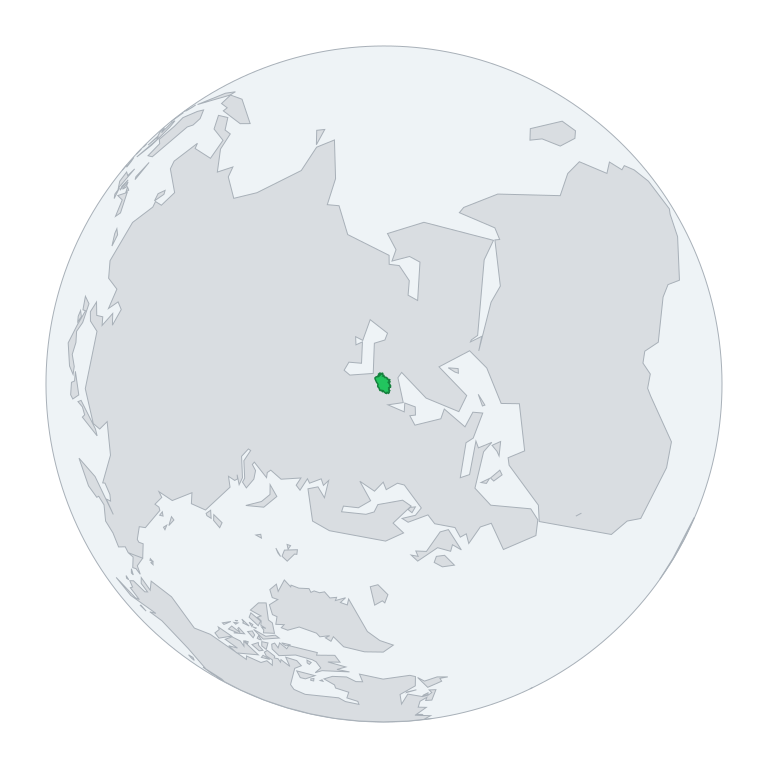 the Earth from above Stavropol', rotated 218°
{"feature_id": "RUS-2306", "entity_name": "Stavropol'", "entity_type": "Territory", "adm_level": 1, "iso_a3": "RUS", "parent_name": "Russia", "parent_adm1": "", "projection": "orthographic", "projection_center": [43.1, 44.947], "detail": "fine", "context": "on_globe", "style": "filled", "palette": "green", "viewbox_px": 768, "rotation_deg": 218, "n_neighbors": 0, "source": "natural_earth", "source_scale": "10m", "svg_char_len": 13959}
<svg xmlns="http://www.w3.org/2000/svg" viewBox="0 0 768 768"><g transform="rotate(218 384 384)"><circle cx="384" cy="384" r="338" fill="#eef3f6" stroke="#a8b0b8"/><path d="M332.3,50.1L336.3,50.2L327.1,51.3L330.1,51.6L341.9,50.5L348.9,49.8L375.2,55.0L413.2,60.7L428.3,60.3L422.5,62.8L453.4,61.5L476.0,66.7L448.4,62.5L444.1,63.5L458.4,67.3L457.1,69.2L463.2,72.5L460.3,74.7L444.5,73.0L442.3,74.6L452.6,77.4L456.1,82.0L441.3,77.6L446.1,85.3L420.4,85.5L383.2,74.9L366.8,79.8L322.9,82.2L324.9,85.0L309.5,88.8L305.9,93.8L298.8,93.6L302.2,97.9L309.4,97.2L313.2,99.1L311.9,102.2L302.5,102.2L301.8,100.6L298.4,102.3L294.3,101.1L295.5,103.4L284.3,103.5L293.2,108.2L282.5,112.3L275.7,111.1L279.3,105.0L272.6,89.6L266.9,87.9L255.1,90.9L226.5,108.8L218.9,110.0L206.5,116.1L209.2,117.8L220.0,113.8L222.0,119.4L235.0,114.6L237.7,116.4L249.7,114.7L244.6,121.9L233.1,130.1L222.9,132.2L217.5,136.2L224.7,140.3L203.0,150.9L184.3,170.3L179.1,172.8L173.5,165.4L180.2,149.2L173.1,142.6L174.3,154.3L161.2,161.4L157.6,166.0L156.4,170.3L160.1,170.7L154.9,175.1L151.7,164.4L156.3,160.3L157.3,163.5L160.3,156.2L158.1,150.4L151.6,155.2L155.1,143.6L150.5,147.2L148.7,147.1L155.8,142.0L143.1,151.3L146.2,144.1L140.0,150.2L157.6,133.1L176.4,117.4L196.3,103.0L217.1,90.1L238.9,78.8L261.4,69.1L284.5,61.0L308.2,54.7L332.3,50.1ZM46.5,400.1L49.0,424.7L54.6,454.8L57.3,469.5L57.3,470.2L52.0,447.1L48.4,423.7L46.5,400.1ZM352.3,49.4L342.3,50.4L332.2,51.0L340.6,49.8L352.3,49.4ZM371.3,50.3L366.2,50.9L363.3,49.4L367.1,49.5L371.3,50.3ZM439.5,60.1L431.6,58.6L439.7,59.5L439.5,60.1ZM464.6,72.6L467.3,72.5L469.3,74.3L464.6,72.6ZM251.7,111.0L250.7,112.8L249.0,112.2L251.7,111.0ZM257.9,108.8L256.6,106.7L259.3,105.4L260.1,106.6L257.9,108.8ZM466.8,79.6L469.3,82.9L464.0,79.2L466.8,79.6ZM258.8,111.7L264.4,103.3L269.2,101.1L276.1,104.2L258.8,111.7ZM468.9,84.6L475.2,93.2L481.7,93.6L466.9,98.2L466.5,88.9L458.9,84.0L465.8,85.8L468.9,84.6ZM312.3,95.8L304.5,96.6L312.3,93.1L312.3,95.8ZM316.3,93.2L334.5,81.4L345.2,82.2L336.9,85.7L351.9,85.1L348.1,91.2L339.1,93.0L332.9,91.1L336.2,95.0L316.3,93.2ZM457.7,99.7L456.9,101.9L454.7,99.4L457.7,99.7ZM315.4,99.6L318.1,96.9L327.6,97.4L323.9,102.9L322.0,100.9L315.4,99.6ZM357.6,82.1L364.0,83.8L362.7,89.1L365.0,90.5L348.9,91.5L357.6,82.1ZM319.1,102.4L321.7,105.7L316.0,108.5L313.4,102.3L319.1,102.4ZM331.6,95.3L336.0,95.8L332.3,97.3L331.6,95.3ZM297.0,120.9L300.1,117.2L305.3,117.0L297.0,120.9ZM323.1,106.8L325.0,105.9L327.4,105.6L327.9,108.4L323.1,106.8ZM349.2,95.4L347.3,97.5L355.7,95.2L355.0,99.5L344.4,99.5L348.7,101.3L348.6,102.7L340.1,101.3L349.2,95.4ZM335.6,110.3L321.9,112.4L315.1,119.1L310.2,119.3L322.1,108.6L335.6,110.3ZM339.0,105.0L335.8,108.3L331.4,106.6L330.9,103.5L339.0,105.0ZM358.4,102.6L362.1,96.0L364.3,96.3L358.4,102.6ZM334.5,112.5L337.8,111.9L334.5,113.1L334.5,112.5ZM352.0,105.8L353.0,103.4L355.5,103.7L352.0,105.8ZM343.6,113.2L339.2,113.7L338.7,111.5L343.6,113.2ZM348.2,110.0L351.3,111.2L341.2,110.3L348.2,108.8L348.2,110.0ZM354.2,106.6L356.0,106.0L353.4,107.6L354.2,106.6ZM348.0,121.7L335.3,121.2L334.3,116.1L346.7,117.2L348.0,121.7ZM109.8,492.0L98.9,436.1L108.0,425.7L112.2,405.4L177.0,371.2L187.8,383.6L235.4,397.0L240.8,402.3L232.0,417.9L265.2,451.8L279.7,440.8L312.9,459.9L337.0,462.9L351.2,431.4L311.7,425.8L308.0,408.3L342.2,398.8L377.2,404.0L376.9,397.5L357.4,381.2L368.1,370.0L350.9,374.5L355.9,381.8L345.3,385.2L340.1,378.9L344.1,374.9L334.3,370.6L317.8,391.6L321.1,401.4L293.8,400.1L296.6,416.5L288.3,421.9L280.4,396.3L283.2,388.2L266.2,357.1L260.8,365.3L276.4,395.6L270.3,391.8L263.1,404.4L263.8,391.9L248.2,357.9L225.3,354.2L191.5,376.0L179.2,371.7L171.0,358.1L188.0,327.1L213.7,340.3L220.1,330.6L219.0,310.5L226.9,316.6L229.6,310.3L239.7,314.6L258.0,305.1L268.8,307.9L279.9,289.9L287.0,289.2L278.4,299.9L278.3,309.3L305.8,316.9L312.3,314.1L317.2,302.1L324.2,306.2L325.5,293.7L343.2,292.5L322.7,283.8L328.0,270.7L340.8,262.8L338.8,257.2L318.0,270.2L313.0,277.1L314.6,285.2L297.8,303.9L287.5,304.5L291.2,280.0L276.9,278.7L286.0,261.2L336.7,234.8L355.9,232.0L379.4,254.6L372.7,262.3L360.9,257.7L368.2,273.9L369.3,266.8L375.1,270.6L381.6,260.0L386.0,262.2L384.8,248.6L390.9,250.2L391.6,258.8L406.5,245.6L420.2,246.4L421.5,242.4L418.9,237.9L438.1,242.6L438.2,239.5L431.9,236.7L428.0,228.9L428.5,217.4L435.1,219.6L435.8,224.0L447.2,237.3L448.1,249.5L450.9,249.3L451.7,239.3L437.8,223.0L436.2,215.5L443.9,222.1L441.0,219.1L442.3,216.1L449.7,215.5L441.8,207.9L447.1,174.8L462.1,171.1L468.4,180.1L479.1,161.8L495.1,160.6L489.3,157.8L490.5,148.3L485.5,148.4L482.8,146.4L483.6,123.9L489.0,120.9L482.7,109.6L479.7,108.4L475.4,109.8L466.9,98.2L481.7,93.6L487.7,96.4L492.8,92.2L505.9,99.8L519.0,104.6L530.2,116.4L539.7,119.9L540.6,117.9L554.1,121.8L578.7,137.8L554.7,133.2L517.0,114.5L532.0,122.4L527.4,123.4L532.0,128.2L542.8,134.1L544.8,132.9L555.7,159.5L579.0,183.9L580.3,173.5L588.8,173.9L616.5,196.4L642.6,248.8L654.1,252.9L659.9,260.2L661.0,271.6L652.6,261.2L647.0,263.8L642.2,256.6L641.2,272.6L634.2,263.1L636.9,280.9L644.1,285.0L647.6,273.9L652.9,294.3L666.1,297.8L675.8,312.5L681.6,356.5L675.1,381.1L676.4,387.1L669.5,387.8L666.8,405.9L684.8,422.0L686.6,430.4L679.2,458.8L677.8,453.3L659.7,455.0L660.9,476.9L674.9,480.3L679.8,493.8L671.1,497.8L665.6,486.3L659.1,486.4L657.5,468.5L645.8,448.4L636.7,462.0L634.2,451.3L616.7,437.8L601.9,456.5L580.6,501.3L582.9,529.1L573.3,545.8L548.6,516.0L539.1,490.4L529.2,496.8L504.6,479.4L459.2,488.5L453.6,481.5L444.9,486.7L427.7,481.0L419.7,468.8L408.9,470.5L430.7,502.2L442.4,500.2L453.4,485.8L457.2,497.2L473.9,504.7L452.1,536.0L386.2,564.6L381.5,543.5L340.1,479.9L342.3,472.7L342.2,471.9L341.8,470.4L336.3,481.8L329.7,468.4L350.0,514.4L352.6,532.8L385.3,565.8L381.8,569.1L392.8,575.3L430.1,565.4L429.9,572.2L411.3,603.7L361.1,640.9L368.8,663.0L366.9,679.4L338.0,687.2L343.0,697.7L328.4,699.3L329.1,704.0L318.7,706.7L300.5,706.6L267.0,697.7L263.0,693.9L243.3,680.8L215.1,647.7L221.4,637.2L217.6,624.3L193.6,585.8L198.7,570.4L192.8,559.9L180.3,555.8L173.6,542.9L166.3,538.6L121.9,515.4L109.8,492.0ZM151.5,398.0L148.9,403.8L151.5,398.0ZM412.5,426.2L434.5,426.2L427.6,405.3L435.5,403.8L430.2,397.6L426.9,403.9L414.5,386.5L425.1,379.6L423.9,370.3L416.4,370.0L399.0,385.7L416.7,410.2L410.4,419.2L412.5,426.2ZM81.4,233.6L80.0,236.5L80.6,235.2L81.4,233.6ZM161.4,162.0L161.5,163.0L159.2,167.8L158.2,166.4L161.4,162.0ZM161.8,185.9L153.4,192.5L158.7,186.5L155.6,185.3L162.8,171.9L176.8,173.4L169.2,174.8L161.8,185.9ZM176.4,155.3L170.2,163.0L176.4,154.6L176.4,155.3ZM234.6,274.3L236.6,280.4L230.8,286.3L217.0,284.6L225.4,275.9L234.6,274.3ZM241.0,288.0L248.4,265.2L257.3,265.9L251.0,269.2L256.1,272.0L247.5,278.2L248.7,302.0L243.6,308.9L220.9,300.9L231.1,299.5L228.5,293.2L241.0,288.0ZM251.8,212.1L255.2,204.0L270.0,215.8L265.2,222.1L251.2,220.4L248.6,212.0L251.8,212.1ZM269.9,119.7L270.2,117.1L272.8,116.9L274.7,119.0L269.9,119.7ZM298.0,119.2L271.2,131.3L270.2,128.8L255.7,139.9L247.4,137.7L257.1,130.4L239.9,137.5L245.3,130.1L233.9,135.9L256.3,120.0L260.5,114.2L259.0,121.3L266.5,123.3L271.0,122.5L286.8,116.0L299.5,105.3L309.0,106.3L312.3,109.8L310.7,112.5L305.0,110.9L306.9,115.7L297.6,115.5L298.0,119.2ZM345.6,160.0L339.7,155.4L341.9,168.2L332.6,166.7L333.4,168.3L325.4,170.7L317.1,176.6L313.3,174.8L311.7,177.9L306.3,179.8L302.9,183.6L294.9,182.1L290.0,186.7L289.0,183.4L282.7,191.9L283.8,185.0L276.9,187.3L279.5,192.8L244.7,178.7L229.3,179.3L215.9,184.0L219.5,172.3L234.4,161.0L254.0,152.1L268.3,153.7L267.4,148.6L273.9,147.9L271.9,152.2L278.9,145.3L283.8,146.1L301.2,140.3L308.3,130.7L314.9,128.7L314.5,132.9L321.3,128.0L325.1,134.8L329.9,133.6L338.4,139.5L335.0,148.8L340.6,146.9L347.4,151.7L345.6,160.0ZM350.1,123.6L348.2,134.2L342.1,138.9L329.8,126.9L324.9,127.0L316.8,120.1L325.8,113.7L327.3,116.1L330.8,117.1L326.6,118.7L332.6,118.1L334.9,121.7L340.2,122.3L338.1,125.5L350.1,123.6ZM249.0,398.1L253.5,400.5L261.1,402.2L256.7,410.5L249.0,398.1ZM237.8,375.1L242.2,375.5L239.7,387.4L235.0,385.1L237.8,375.1ZM246.9,366.1L242.7,374.6L242.1,368.7L246.9,366.1ZM282.7,299.8L287.7,299.9L287.4,302.9L283.6,306.5L282.7,299.8ZM350.2,200.1L347.8,196.1L349.8,194.9L351.2,184.8L358.3,185.5L360.2,191.8L350.2,200.1ZM343.3,436.3L335.1,441.8L332.0,438.3L335.4,437.1L343.3,436.3ZM292.9,427.3L303.4,433.9L291.5,429.5L292.9,427.3ZM358.1,199.1L357.9,194.8L361.6,197.9L358.1,199.1ZM363.5,185.5L368.2,188.1L359.3,184.4L363.5,185.5ZM425.9,675.3L405.4,700.8L389.0,701.4L384.8,695.1L391.6,680.0L410.3,674.5L419.1,666.0L425.9,675.3ZM707.1,481.2L709.1,475.6L708.8,476.9L707.1,481.2ZM705.3,484.3L708.1,477.2L704.2,488.0L705.3,484.3ZM709.1,474.4L712.0,464.6L713.3,459.5L712.6,462.3L709.1,474.4ZM703.0,489.4L687.9,515.6L681.0,522.8L683.4,516.6L694.6,501.1L703.0,489.4ZM682.8,517.2L671.2,521.0L649.8,506.8L657.6,500.6L678.8,500.3L677.6,505.1L684.7,505.0L682.8,517.2ZM707.8,458.1L706.4,470.2L698.8,484.0L694.9,488.9L692.3,479.9L693.9,470.5L697.3,465.4L706.5,420.4L710.5,418.6L708.7,435.3L711.7,438.4L707.8,458.1ZM584.6,530.9L593.2,542.5L587.4,548.1L584.6,530.9ZM707.1,394.6L705.5,414.0L706.0,391.8L707.1,394.6ZM705.6,376.4L707.3,381.3L704.5,379.6L705.6,376.4ZM679.2,394.9L675.7,401.8L674.2,398.0L677.6,387.0L679.2,394.9ZM683.3,325.2L688.8,336.8L690.1,341.9L685.8,337.6L683.3,325.2ZM418.1,203.2L408.2,216.0L405.8,226.7L411.8,234.6L399.2,229.4L402.9,212.9L418.1,203.2ZM442.9,177.8L437.5,171.7L442.5,171.2L444.5,172.5L442.9,177.8ZM437.7,176.3L426.2,175.0L425.0,169.6L434.3,171.6L437.7,176.3ZM392.0,186.1L388.6,189.7L385.7,187.1L392.0,186.1ZM721.7,395.7L721.5,398.7L721.8,391.2L721.7,395.7ZM719.5,422.4L719.2,425.6L718.8,426.8L719.5,422.4ZM720.6,414.3L719.9,419.8L720.2,416.5L720.7,412.5L720.6,414.3ZM713.4,436.4L714.2,440.2L717.0,427.0L714.8,439.9L715.7,444.6L714.7,450.7L714.0,445.1L712.2,459.2L710.8,462.8L711.0,454.7L712.9,438.2L714.2,429.0L718.6,410.7L713.4,436.4ZM720.6,408.6L720.2,403.5L720.3,396.4L720.9,397.6L720.6,408.6ZM717.3,392.6L714.2,390.4L712.9,400.0L714.0,374.9L717.1,381.1L717.3,392.6ZM712.3,378.5L711.3,387.4L711.3,374.1L712.3,378.5ZM710.1,385.8L708.4,380.2L710.0,376.5L710.1,385.8ZM713.2,375.8L710.8,364.0L713.0,368.0L713.2,375.8ZM703.6,367.9L709.8,368.6L704.3,376.8L697.0,356.6L698.8,350.8L703.6,367.9ZM668.3,255.1L663.9,250.7L663.6,244.4L666.7,249.2L668.3,255.1ZM658.2,222.0L662.0,241.4L664.3,258.0L666.9,257.1L673.3,269.3L665.9,265.6L659.3,247.0L658.7,236.3L652.3,227.0L647.9,215.4L638.9,207.1L634.9,200.1L642.9,204.6L658.2,222.0ZM635.0,204.0L617.8,187.5L620.0,180.6L624.3,182.6L631.3,192.9L629.7,195.9L635.0,204.0ZM614.3,181.7L612.6,184.6L583.7,170.9L578.1,166.5L601.3,172.2L600.9,175.4L607.6,180.3L614.3,181.7ZM460.6,102.5L457.2,101.9L459.8,100.9L460.6,102.5ZM480.0,146.8L476.8,143.9L480.0,142.5L480.0,146.8ZM469.6,135.4L468.3,139.0L466.9,134.3L469.6,135.4ZM465.8,147.5L466.4,140.0L469.8,148.6L465.8,147.5Z" fill="#d9dde1" stroke="#a8b0b8" stroke-width="1"/><path d="M377.9,377.9L378.1,377.9L378.3,377.8L379.6,378.0L379.8,378.0L380.1,378.1L380.1,377.9L380.1,377.7L380.2,377.4L380.2,377.2L380.3,377.1L380.8,377.0L380.9,377.4L380.8,377.5L380.8,377.9L381.5,377.8L382.2,377.3L382.4,377.2L382.5,377.2L382.9,376.9L383.0,376.8L382.9,376.6L383.2,376.4L383.3,376.4L383.5,376.7L384.3,377.1L384.6,377.1L384.8,377.3L385.1,377.6L385.9,377.9L386.6,377.9L386.9,378.0L387.2,378.1L387.3,378.2L387.4,378.4L387.6,378.4L387.7,378.5L387.9,378.8L388.0,379.0L388.2,379.3L388.2,379.5L388.3,379.7L388.3,379.8L388.5,380.0L388.9,380.2L389.5,380.5L390.0,380.6L390.6,380.6L390.8,380.7L391.1,380.9L393.4,382.1L394.3,382.6L394.5,382.8L394.9,383.4L394.9,383.5L394.6,384.0L394.7,384.5L394.5,384.9L393.8,385.8L393.7,385.8L393.4,385.9L393.2,386.0L393.1,386.3L393.0,386.5L392.9,386.7L393.0,386.8L393.7,386.8L393.8,386.9L393.9,387.1L393.7,387.6L393.1,387.7L392.8,387.9L392.6,387.9L392.5,388.2L392.5,388.3L393.1,388.3L393.3,388.4L393.5,388.3L394.2,388.3L394.3,388.4L394.2,388.5L394.2,388.8L394.2,389.3L394.0,389.5L394.0,389.9L394.0,390.1L393.9,390.2L393.1,390.2L392.9,390.1L392.9,389.8L392.4,389.8L392.3,390.0L392.4,390.7L392.4,390.8L392.2,390.9L392.1,391.1L392.0,391.3L391.9,391.4L391.9,391.5L391.6,391.6L391.4,391.5L391.4,391.4L391.5,391.3L391.5,391.2L391.4,391.1L391.3,390.7L390.9,390.6L390.7,390.5L389.5,390.7L389.4,390.7L389.2,390.6L389.1,390.3L389.1,390.2L389.3,390.1L389.3,389.9L389.5,389.9L389.6,389.6L389.3,389.7L389.2,389.8L389.0,390.0L388.9,390.0L388.5,390.0L388.4,389.9L387.9,389.8L387.8,389.7L387.7,389.7L387.4,389.6L387.0,389.9L386.9,390.0L386.9,390.3L386.8,390.5L386.7,390.5L386.2,390.5L385.7,390.4L385.4,390.4L385.3,390.5L385.0,390.7L384.9,390.7L384.8,390.3L384.7,390.1L384.5,389.9L384.4,389.9L384.2,390.0L383.5,390.2L383.4,390.3L383.2,390.4L382.9,390.7L382.4,390.6L382.2,390.7L382.2,390.3L382.2,390.2L381.9,390.0L381.9,389.9L382.1,389.8L382.0,389.7L381.8,389.8L381.7,389.7L381.8,389.5L381.9,389.4L381.7,389.3L381.4,389.4L381.4,389.5L381.5,389.7L381.2,389.8L380.9,389.7L380.8,389.4L380.7,389.3L380.6,389.2L380.6,388.8L380.8,388.8L380.8,388.7L381.0,388.6L381.1,388.4L381.4,388.3L381.5,388.3L381.5,388.2L381.7,387.9L381.4,387.8L381.2,387.9L381.0,388.0L380.8,388.0L380.8,387.9L380.8,387.7L380.6,387.6L380.3,387.5L380.0,387.5L379.9,387.5L379.8,387.4L379.6,387.4L379.4,387.3L379.2,387.3L379.2,387.2L379.0,386.8L379.0,386.7L378.7,386.6L378.5,386.8L378.4,386.8L378.2,386.8L378.2,386.7L377.8,386.5L377.8,386.4L377.6,386.4L377.5,386.1L377.4,386.0L377.2,385.9L377.0,385.7L376.9,385.5L376.9,385.4L377.0,385.3L377.3,385.3L377.4,385.2L377.5,385.2L377.7,384.9L377.7,384.7L377.9,384.2L378.0,384.0L378.0,383.9L377.9,383.7L377.2,383.7L377.1,383.4L376.8,383.2L376.7,383.0L376.7,382.9L376.8,382.6L376.8,382.4L376.6,382.3L376.5,382.2L376.4,382.2L376.4,382.3L375.4,382.3L375.4,382.2L375.4,381.9L375.3,381.7L375.3,381.4L375.3,381.2L375.2,381.2L375.0,380.7L374.9,380.6L374.7,380.5L374.7,380.4L374.7,380.1L374.7,379.5L374.8,379.5L375.3,379.5L375.4,379.4L375.5,379.4L375.6,379.5L375.9,379.6L376.0,379.5L376.1,379.3L376.1,379.2L376.4,379.2L376.5,379.2L376.5,378.9L376.4,378.8L376.3,378.7L376.4,378.4L376.1,378.4L376.1,378.2L377.0,378.0L377.0,377.8L377.1,377.7L377.7,377.8L377.8,377.8L377.9,377.9Z" fill="#22c55e" stroke="#15803d" stroke-width="1.5"/></g></svg>